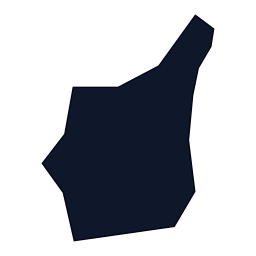 an SVG outline of Fiorentino
{"feature_id": "SMR-4890", "entity_name": "Fiorentino", "entity_type": "state/province", "adm_level": 1, "iso_a3": "SMR", "parent_name": "San Marino", "parent_adm1": "", "projection": "orthographic", "projection_center": [12.455, 43.909], "detail": "fine", "context": "isolated", "style": "filled", "palette": "ink", "viewbox_px": 256, "rotation_deg": 0, "n_neighbors": 0, "source": "natural_earth", "source_scale": "10m", "svg_char_len": 311}
<svg xmlns="http://www.w3.org/2000/svg" viewBox="0 0 256 256"><path d="M194.7,191.5L174.2,226.3L74.3,240.6L63.4,192.6L42.4,163.4L64.9,134.2L73.3,87.4L118.2,87.4L158.9,66.0L195.4,15.4L213.6,29.0L210.8,46.5L198.2,68.0L192.6,95.2L188.4,140.1L194.7,191.5Z" fill="#0f172a" stroke="#020617" stroke-width="1.5"/></svg>